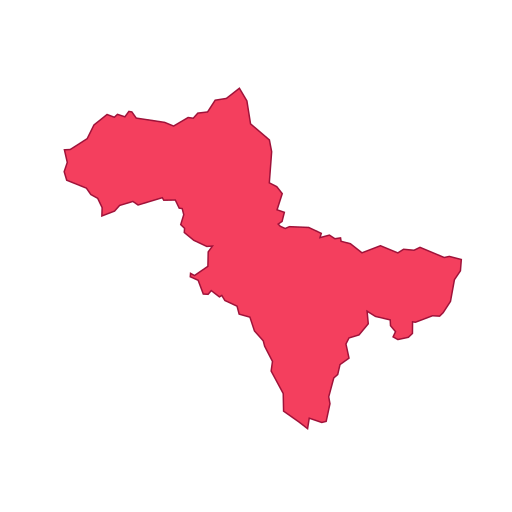 the district of Drugovo, Drugovo, North Macedonia, rotated 188°
{"feature_id": "65306769B99207835594431", "entity_name": "Drugovo", "entity_type": "district", "adm_level": 2, "iso_a3": "MKD", "parent_name": "North Macedonia", "parent_adm1": "Drugovo", "projection": "mercator", "projection_center": [20.907, 41.458], "detail": "fine", "context": "isolated", "style": "filled", "palette": "rose", "viewbox_px": 512, "rotation_deg": 188, "n_neighbors": 0, "source": "geoboundaries", "source_scale": "gbopen_adm2", "svg_char_len": 1715}
<svg xmlns="http://www.w3.org/2000/svg" viewBox="0 0 512 512"><g transform="rotate(188 256 256)"><path d="M318.4,229.7L318.2,226.3L309.9,223.9L302.9,211.0L298.1,211.4L295.5,215.5L286.5,210.4L284.4,212.2L280.6,207.6L267.8,203.7L264.6,196.1L253.5,194.6L247.1,181.6L237.0,173.0L234.9,167.9L225.0,153.9L225.0,144.2L209.9,123.6L207.1,106.2L190.7,97.8L180.9,92.2L180.7,102.8L167.7,100.3L163.5,102.0L162.2,120.0L164.4,126.7L162.0,146.1L158.6,150.0L157.7,160.2L149.7,167.8L154.7,181.4L152.5,187.8L143.0,192.2L135.4,204.5L138.3,216.8L129.3,212.8L114.2,211.4L113.1,205.7L107.3,200.5L109.0,195.0L103.9,193.0L93.8,196.7L90.3,201.1L91.8,212.6L88.9,212.6L72.9,221.4L65.8,222.0L62.8,225.9L57.1,238.1L56.2,260.2L51.5,269.8L52.2,281.1L64.5,282.5L69.4,280.7L94.8,287.4L100.3,283.7L110.8,283.2L116.0,278.8L134.2,283.5L151.5,273.9L164.2,281.3L173.8,282.4L174.8,285.7L180.3,284.1L186.2,286.9L195.2,283.1L194.5,287.5L207.8,291.6L227.0,289.7L230.9,287.3L236.1,288.8L238.5,290.7L235.0,293.9L234.0,303.2L241.6,304.7L238.7,321.4L245.0,327.5L253.0,330.3L255.0,361.4L258.9,372.8L279.8,386.1L286.6,408.3L295.8,419.8L307.3,407.9L318.1,404.6L324.0,391.9L333.5,389.4L337.3,383.7L342.5,383.7L355.7,373.2L365.0,375.6L393.8,375.9L399.0,381.4L402.0,381.5L405.2,375.6L412.9,377.0L415.6,373.7L423.2,375.4L434.7,363.2L439.5,348.7L454.8,335.6L460.5,334.5L455.9,322.4L457.7,312.8L454.0,304.7L433.4,299.6L428.1,293.9L420.8,291.1L415.1,282.5L414.2,274.2L402.3,280.8L398.1,287.1L385.5,292.9L379.9,290.1L356.9,300.7L355.1,298.4L343.7,300.2L338.7,292.7L335.7,292.7L333.3,286.9L334.9,276.6L330.6,273.5L330.3,269.3L319.8,262.9L306.0,258.6L300.5,259.8L303.9,253.4L302.2,239.1L314.2,228.1L318.4,229.7Z" fill="#f43f5e" stroke="#9f1239" stroke-width="1.5"/></g></svg>